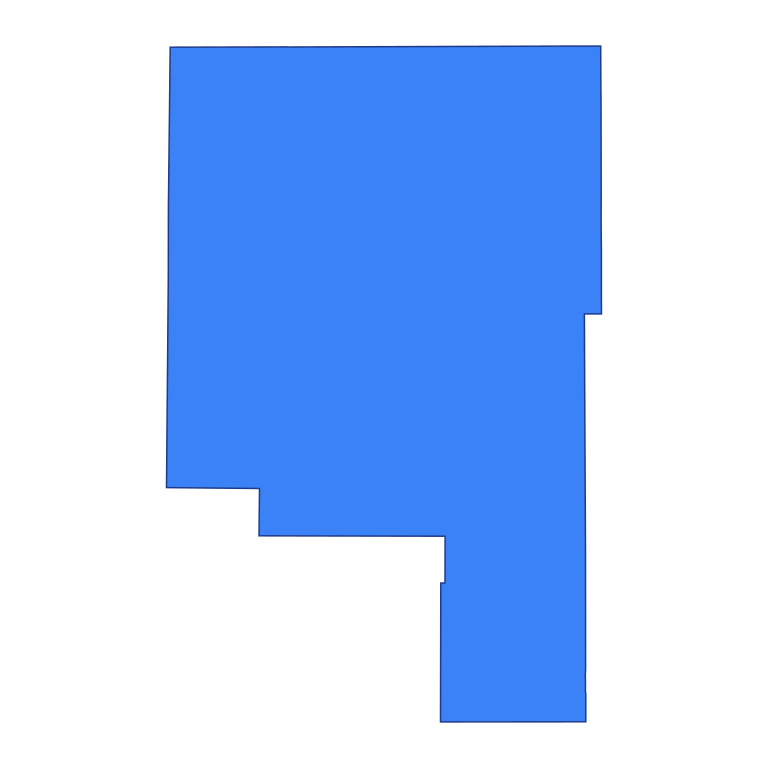 Union, New Mexico, United States of America (orthographic projection)
{"feature_id": "52423323B81982192352260", "entity_name": "Union", "entity_type": "district", "adm_level": 2, "iso_a3": "USA", "parent_name": "United States of America", "parent_adm1": "New Mexico", "projection": "orthographic", "projection_center": [-103.293, 36.37], "detail": "fine", "context": "isolated", "style": "filled", "palette": "blue", "viewbox_px": 768, "rotation_deg": 0, "n_neighbors": 0, "source": "geoboundaries", "source_scale": "gbopen_adm2", "svg_char_len": 544}
<svg xmlns="http://www.w3.org/2000/svg" viewBox="0 0 768 768"><path d="M601.5,313.9L601.4,299.9L601.4,259.1L601.4,251.3L601.1,220.2L601.2,196.5L601.0,94.6L600.9,93.5L600.7,46.1L564.8,46.1L534.9,46.2L287.8,47.0L287.3,46.9L170.2,47.2L168.4,207.2L168.3,276.9L166.7,464.3L166.5,487.6L259.5,488.5L259.0,535.8L445.1,536.2L445.0,583.0L440.8,583.0L440.5,721.9L585.8,721.8L585.8,693.9L585.4,691.3L585.5,681.8L585.3,675.9L585.6,669.2L585.5,552.6L584.8,412.0L584.8,411.6L584.4,313.9L601.5,313.9Z" fill="#3b82f6" stroke="#1e3a8a" stroke-width="1.5"/></svg>